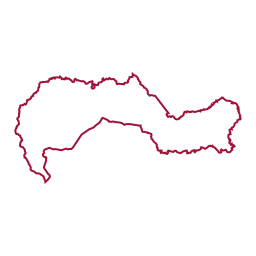 General Carneiro, Mato Grosso, Brazil (Mercator projection)
{"feature_id": "56859067B19597598383135", "entity_name": "General Carneiro", "entity_type": "district", "adm_level": 2, "iso_a3": "BRA", "parent_name": "Brazil", "parent_adm1": "Mato Grosso", "projection": "mercator", "projection_center": [-53.353, -15.607], "detail": "fine", "context": "isolated", "style": "outline", "palette": "rose", "viewbox_px": 256, "rotation_deg": 0, "n_neighbors": 0, "source": "geoboundaries", "source_scale": "gbopen_adm2", "svg_char_len": 5765}
<svg xmlns="http://www.w3.org/2000/svg" viewBox="0 0 256 256"><path d="M132.7,74.0L132.5,76.9L129.5,77.2L129.3,78.6L127.9,80.8L128.1,82.0L127.6,82.6L125.0,82.8L124.5,83.0L124.2,84.2L123.3,84.4L122.8,84.0L119.8,83.9L118.8,83.6L117.7,84.1L117.0,84.1L116.5,83.2L116.4,81.4L115.0,80.4L114.2,79.3L113.4,79.0L111.0,79.2L110.2,78.8L109.6,78.0L109.1,78.1L108.8,78.8L108.0,79.4L106.3,78.7L105.7,79.0L105.3,79.7L104.1,80.2L103.1,78.4L102.5,78.8L102.4,81.2L101.3,82.2L99.0,82.6L98.2,83.4L98.1,84.9L95.7,85.0L94.3,84.1L94.0,84.5L94.0,85.4L94.6,86.6L94.6,87.6L93.5,88.5L92.7,88.6L92.1,88.4L91.6,87.6L91.6,86.9L92.6,85.3L92.1,84.1L92.6,81.9L92.2,81.2L88.9,82.3L87.5,83.4L86.3,83.9L85.5,83.5L85.0,82.2L83.2,81.1L81.8,81.4L77.8,80.2L76.8,80.4L75.6,78.9L74.9,79.0L74.5,79.5L74.2,81.7L72.7,82.0L72.1,81.7L71.5,80.4L70.6,80.1L69.1,78.6L67.8,78.9L66.0,77.6L65.5,78.0L65.5,79.1L64.9,79.4L64.0,78.7L63.3,79.2L61.7,79.1L61.5,77.8L60.0,76.6L59.8,77.4L59.1,77.7L57.8,77.4L55.8,77.4L54.9,78.6L54.3,78.2L54.0,77.5L52.4,77.8L52.3,78.6L51.2,78.4L50.9,79.0L50.1,78.8L49.4,79.1L49.4,79.8L48.8,80.7L48.5,81.6L47.9,82.0L47.3,81.4L45.3,81.9L44.0,82.1L42.9,81.9L41.9,82.3L41.0,82.2L40.3,82.5L39.3,84.0L39.2,87.2L38.5,87.5L38.2,89.8L37.8,90.3L37.6,91.2L36.4,91.8L36.2,92.6L35.8,92.9L35.0,92.9L33.7,93.8L33.1,94.9L33.3,95.8L32.8,96.2L31.8,96.3L31.3,96.8L31.0,98.2L30.2,98.6L29.8,99.4L28.3,99.7L27.9,100.3L27.2,100.2L26.8,102.2L26.0,104.2L25.5,104.5L24.5,103.9L23.5,104.9L22.7,105.0L22.2,105.4L20.8,105.3L20.2,105.8L20.1,107.3L19.5,108.1L19.6,108.8L19.2,109.2L19.1,110.5L19.6,111.8L19.0,113.4L19.3,113.9L18.9,114.7L19.0,116.5L18.2,117.7L17.5,118.1L17.3,119.2L18.5,121.0L19.0,124.1L17.1,126.0L17.1,126.6L16.3,127.4L16.4,128.2L15.5,129.5L15.4,130.1L15.5,132.1L16.0,133.6L16.6,134.1L17.3,133.8L18.5,134.5L18.9,135.1L20.1,135.6L20.5,137.2L21.3,137.8L21.5,138.9L22.1,139.7L22.1,140.6L21.1,141.0L20.9,141.9L20.3,142.9L20.3,143.9L19.9,145.1L20.5,146.5L23.1,147.4L24.8,149.7L24.8,150.7L25.6,153.4L24.5,154.5L24.2,155.4L24.7,156.4L24.5,157.4L26.2,158.4L26.6,159.5L27.5,160.7L27.6,161.4L28.6,162.7L28.7,164.1L29.8,165.2L30.8,167.6L30.6,169.6L31.2,170.4L34.4,171.7L36.3,173.4L38.5,173.3L40.3,174.1L43.6,176.5L43.9,177.9L45.2,180.7L45.4,182.0L48.3,179.2L49.8,177.0L49.9,176.4L49.4,174.9L48.1,173.9L43.9,167.7L44.0,166.9L45.8,161.6L46.2,160.1L45.9,158.6L46.4,157.9L46.1,157.3L44.1,156.8L43.1,155.7L42.9,154.2L44.1,153.1L43.7,151.2L44.7,149.6L49.2,147.9L49.8,147.9L53.0,149.3L55.5,149.1L61.4,150.2L65.8,148.7L66.5,148.7L67.6,149.4L68.9,149.0L71.5,149.0L73.3,147.0L81.6,134.5L89.2,129.3L93.5,127.5L96.7,124.6L99.6,122.6L102.4,117.9L103.9,118.3L107.1,119.8L108.8,121.0L108.9,121.6L111.3,121.8L113.2,121.5L114.9,122.0L120.3,122.6L122.4,123.4L124.4,124.8L126.3,124.1L129.9,124.1L138.6,125.5L140.6,125.5L140.7,127.3L141.5,128.5L141.8,129.4L141.8,130.5L142.7,131.9L144.8,131.9L146.3,132.4L147.0,132.3L147.5,132.9L148.1,132.8L151.3,133.9L151.5,135.6L151.0,136.4L151.6,138.2L151.5,138.9L152.0,139.1L153.0,140.3L154.0,142.0L155.4,142.9L156.8,144.5L156.8,147.1L157.5,147.5L157.3,148.3L157.8,149.1L157.7,150.1L158.5,150.5L161.3,150.5L161.0,151.2L161.4,151.5L161.5,152.3L162.3,152.3L162.6,152.8L164.6,153.1L165.6,152.7L166.4,153.9L167.1,153.9L167.7,153.4L168.1,152.6L167.7,151.2L168.5,150.6L171.5,151.6L173.6,151.9L174.6,150.8L175.8,150.7L177.3,152.3L180.5,153.1L183.2,151.4L186.2,150.5L186.8,150.6L187.2,153.3L187.9,153.4L188.8,152.7L190.4,152.9L191.7,151.2L192.7,150.6L194.3,150.2L194.4,151.9L194.9,152.3L196.5,150.3L198.3,150.3L200.5,149.3L200.9,148.6L200.9,147.4L201.5,147.3L202.6,147.6L205.3,148.8L207.8,147.1L208.5,146.2L210.4,145.7L211.0,146.2L211.7,146.2L212.5,145.7L213.1,147.0L214.8,147.6L217.3,150.4L218.3,151.2L218.6,152.2L219.2,152.5L220.8,152.7L221.3,152.0L221.0,149.9L221.4,149.5L222.4,150.3L223.6,150.5L225.4,149.9L225.9,149.9L226.8,151.5L227.3,152.0L229.1,152.3L230.3,151.9L231.7,149.9L232.3,149.7L231.6,148.2L234.5,146.3L233.6,145.1L232.6,145.5L232.1,145.4L231.8,143.8L230.7,144.6L230.3,143.4L229.3,142.9L229.4,142.0L230.4,141.0L230.4,140.0L230.1,139.5L229.4,139.8L228.3,137.1L228.6,134.6L230.5,134.2L230.2,133.2L230.4,132.3L229.7,131.8L229.6,129.7L230.9,129.2L231.9,129.4L231.6,128.4L231.7,127.7L233.3,127.0L234.3,125.4L234.5,124.0L235.2,123.1L237.5,121.7L237.4,120.3L239.3,119.2L239.7,119.5L240.3,119.4L240.6,118.8L240.3,117.3L239.8,116.8L240.3,115.8L239.8,115.2L239.4,113.3L238.7,112.1L238.8,111.2L238.3,110.9L238.8,110.1L238.4,109.3L238.5,108.6L237.7,108.9L237.4,108.3L238.3,107.5L238.3,107.0L237.4,105.9L237.3,105.0L236.3,103.6L235.3,103.4L234.7,102.8L232.8,103.5L232.1,103.3L232.6,102.8L232.6,102.3L230.4,101.2L229.1,100.8L227.0,100.7L225.3,100.0L222.6,97.5L222.0,97.5L221.6,98.3L220.8,98.5L218.6,100.1L217.7,100.3L217.2,100.7L217.2,101.7L216.7,101.4L216.1,100.7L215.1,102.4L213.5,102.8L213.8,103.6L213.6,104.4L212.3,105.1L211.7,104.6L211.4,106.2L211.0,106.6L210.2,106.6L210.2,107.3L209.8,107.7L209.4,107.2L208.8,107.5L207.8,108.9L204.7,109.7L203.9,109.2L203.4,109.9L202.7,110.1L201.0,110.1L200.9,110.7L200.3,111.4L199.5,110.7L195.0,112.0L192.3,111.4L191.6,111.5L191.1,112.0L190.3,111.8L189.5,112.2L188.4,111.5L187.6,111.4L187.0,111.4L186.5,112.4L185.5,111.9L184.6,111.9L183.5,114.3L183.4,115.3L182.3,115.9L181.9,116.4L180.7,116.8L180.4,117.7L179.4,117.9L178.8,119.0L177.0,119.4L175.7,119.1L174.4,118.0L174.3,117.3L173.5,116.6L172.1,116.1L171.5,116.8L170.9,117.0L170.4,116.8L170.1,116.4L169.3,116.3L168.1,116.9L167.5,116.3L166.6,114.7L166.8,113.8L168.5,113.2L155.1,95.8L153.6,95.7L151.7,95.1L149.7,95.6L149.1,94.8L148.0,94.1L147.7,93.3L147.8,91.4L146.7,89.3L144.9,87.8L144.0,87.6L143.4,86.2L140.1,84.0L140.5,82.5L139.2,81.2L138.8,80.1L137.9,79.4L138.0,78.3L137.6,77.7L135.8,75.8L133.9,75.1L132.7,74.0ZM161.5,152.3L160.6,152.1L160.9,152.8L161.5,152.3Z" fill="none" stroke="#9f1239" stroke-width="2"/></svg>